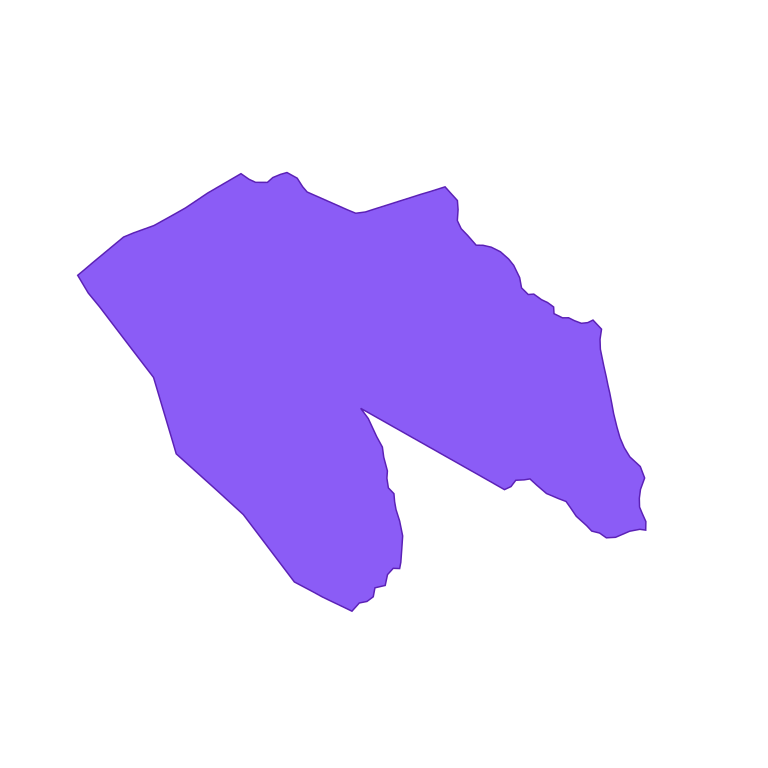 the district of Sirinhaém, Pernambuco, Brazil, rotated 327°
{"feature_id": "56859067B34906983561862", "entity_name": "Sirinhaém", "entity_type": "district", "adm_level": 2, "iso_a3": "BRA", "parent_name": "Brazil", "parent_adm1": "Pernambuco", "projection": "equal_earth", "projection_center": [-35.141, -8.583], "detail": "fine", "context": "isolated", "style": "filled", "palette": "violet", "viewbox_px": 768, "rotation_deg": 327, "n_neighbors": 0, "source": "geoboundaries", "source_scale": "gbopen_adm2", "svg_char_len": 1707}
<svg xmlns="http://www.w3.org/2000/svg" viewBox="0 0 768 768"><g transform="rotate(327 384 384)"><path d="M185.5,146.7L187.5,164.4L191.5,217.6L194.3,253.0L175.2,317.8L171.7,329.4L185.8,381.8L194.9,416.9L201.0,501.2L210.2,517.7L216.4,529.2L233.4,557.1L244.0,554.2L251.3,557.1L259.1,556.6L265.4,550.0L275.3,553.6L283.1,545.8L291.3,543.6L296.6,547.3L301.0,542.7L309.1,532.0L316.9,521.6L322.5,507.4L325.7,495.8L328.8,488.5L332.6,481.4L331.1,473.5L335.1,464.6L339.5,458.8L343.9,445.3L348.3,436.0L349.2,424.1L352.0,404.4L351.2,391.7L418.1,520.0L427.5,538.2L434.7,539.2L442.1,536.5L449.3,540.7L454.7,543.1L457.0,552.0L460.6,564.3L467.9,575.1L472.7,581.7L473.0,588.9L473.2,599.7L476.8,613.2L478.1,620.5L483.6,626.4L486.7,634.1L494.7,638.7L509.9,641.3L519.4,645.2L523.9,649.1L528.7,642.0L530.0,633.6L531.3,626.4L535.9,618.9L541.7,612.1L551.4,604.8L554.0,592.8L550.5,579.0L550.8,568.2L552.6,557.8L555.9,547.0L560.5,533.8L564.3,524.7L568.5,514.3L571.2,506.9L574.2,499.3L578.2,488.5L584.4,472.7L589.5,464.2L596.3,456.5L594.1,444.2L588.3,443.5L582.6,440.6L578.2,434.6L574.9,429.0L569.7,425.7L564.9,417.6L568.2,411.8L565.6,404.9L562.0,399.0L558.6,390.2L553.7,387.5L551.7,378.3L555.7,368.7L557.4,355.2L556.6,347.1L553.7,336.6L548.5,327.7L542.6,321.6L536.9,317.8L535.1,305.1L533.3,295.8L534.5,286.9L541.1,278.1L545.5,270.1L543.7,259.1L542.6,251.9L526.0,247.3L518.3,245.0L469.2,231.5L462.1,229.6L453.3,225.4L448.2,218.0L424.1,181.1L423.2,174.2L423.3,164.1L417.8,153.8L411.3,151.8L403.2,150.3L396.0,151.4L386.1,144.9L382.3,138.8L378.6,129.7L340.2,127.8L313.4,128.2L301.7,127.5L277.3,125.8L256.4,120.9L245.6,118.9L205.5,123.6L198.7,124.5L186.3,126.0L185.5,146.7Z" fill="#8b5cf6" stroke="#5b21b6" stroke-width="1.5"/></g></svg>